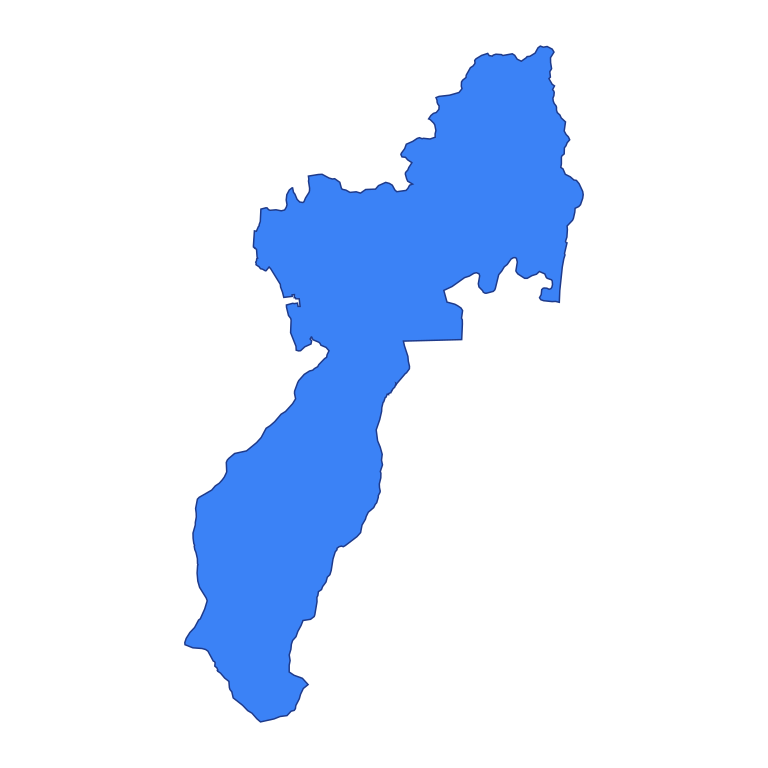 Hoghilag, Sibiu, Romania (orthographic projection)
{"feature_id": "2599482B10102156150057", "entity_name": "Hoghilag", "entity_type": "district", "adm_level": 2, "iso_a3": "ROU", "parent_name": "Romania", "parent_adm1": "Sibiu", "projection": "orthographic", "projection_center": [24.623, 46.211], "detail": "fine", "context": "isolated", "style": "filled", "palette": "blue", "viewbox_px": 768, "rotation_deg": 0, "n_neighbors": 0, "source": "geoboundaries", "source_scale": "gbopen_adm2", "svg_char_len": 6081}
<svg xmlns="http://www.w3.org/2000/svg" viewBox="0 0 768 768"><path d="M207.2,600.8L204.7,609.0L200.3,618.8L198.6,620.0L194.6,627.5L189.9,632.5L186.2,638.4L184.8,642.6L185.0,644.7L192.8,647.8L202.0,648.5L205.6,649.5L207.9,651.1L213.3,661.1L214.5,661.6L215.1,662.7L214.8,666.1L216.9,667.9L217.8,670.0L217.3,670.4L217.7,671.2L220.5,673.1L224.7,678.1L228.9,681.4L229.4,687.7L230.0,689.6L231.8,691.8L233.2,697.9L242.5,705.2L247.7,710.6L252.0,713.2L257.0,718.9L260.5,721.9L274.1,718.9L280.1,716.5L287.0,715.6L291.1,711.2L294.2,710.4L295.4,708.7L295.8,705.6L299.3,698.8L300.5,694.4L303.3,688.5L308.1,684.6L302.4,678.3L294.1,675.3L289.2,672.0L289.2,665.1L290.1,660.6L289.2,654.9L290.9,649.3L291.4,644.2L292.6,640.5L296.0,636.7L297.8,631.5L301.1,625.4L303.0,620.5L310.6,619.3L314.2,616.5L314.8,614.8L317.0,601.8L316.9,597.4L317.9,595.4L318.4,591.7L321.5,589.6L322.6,586.6L326.0,582.0L327.3,577.2L329.9,574.7L331.2,570.5L333.0,559.0L335.2,551.9L337.0,549.7L337.0,548.3L339.1,546.7L341.4,546.1L343.3,546.7L345.4,545.5L356.9,536.7L360.6,532.6L362.0,525.1L365.4,519.3L366.2,516.5L368.3,512.2L373.7,507.6L375.3,504.3L376.7,502.7L378.3,497.3L378.3,495.6L380.0,492.3L380.2,491.0L379.5,487.7L379.3,484.0L380.8,477.9L380.9,473.2L380.3,471.5L382.5,464.9L381.5,460.2L382.2,454.3L380.2,447.1L377.6,440.8L376.2,429.9L379.7,419.7L381.6,411.4L381.8,407.6L383.1,402.3L383.7,401.9L385.2,397.5L386.0,397.2L387.2,394.2L388.6,394.6L388.6,393.6L390.2,392.9L391.5,391.6L391.7,389.9L391.7,391.1L393.0,388.8L394.7,387.2L395.7,384.5L395.9,385.1L396.3,384.6L395.9,383.3L396.6,383.8L405.3,373.6L406.5,372.8L409.4,368.8L409.5,366.3L408.3,361.2L407.9,356.4L404.4,345.7L403.4,341.1L461.7,339.6L462.4,324.0L462.3,319.8L461.5,318.2L462.6,310.6L461.0,308.0L457.6,305.7L454.8,304.2L447.0,302.1L443.8,290.4L452.1,286.5L464.6,277.6L469.3,276.1L473.9,273.3L476.4,272.7L479.0,273.8L479.7,275.8L478.3,283.8L479.0,287.0L482.6,290.7L483.3,292.2L485.1,293.2L486.5,293.2L493.2,291.4L494.7,290.0L495.3,288.6L498.7,274.7L501.7,271.1L504.3,266.8L507.2,264.5L511.1,259.0L513.4,257.7L515.2,257.6L516.4,258.3L517.3,262.1L515.9,270.7L516.1,271.5L517.8,273.9L524.6,278.3L527.3,278.3L532.0,275.6L536.5,274.2L539.4,271.5L544.8,273.9L546.2,277.3L547.2,278.3L551.5,279.8L552.2,280.9L552.5,284.6L551.9,287.1L551.0,288.6L549.1,289.3L546.9,288.2L544.3,288.0L543.2,288.2L541.7,289.6L541.2,294.6L539.5,297.7L540.8,299.7L543.6,300.7L552.1,301.6L555.5,301.4L559.3,302.3L559.8,290.5L562.3,267.0L563.8,258.8L565.0,255.0L564.5,253.5L567.0,242.9L566.1,242.7L565.5,241.3L566.9,237.1L567.4,229.6L567.1,226.0L572.5,220.3L573.4,218.4L574.8,212.2L575.1,208.3L578.7,206.6L580.5,204.7L582.7,198.3L583.2,194.7L582.7,191.4L579.1,183.7L576.4,180.4L573.9,180.0L570.3,176.8L565.3,174.3L563.0,168.9L560.8,167.4L561.4,164.0L561.4,157.1L561.9,155.9L564.2,153.9L564.4,147.8L565.9,145.9L567.2,142.7L569.7,139.8L568.4,136.9L566.1,134.5L564.2,131.0L565.5,121.9L561.2,117.9L559.9,115.0L557.3,112.6L556.5,110.2L556.5,107.1L556.0,105.8L554.2,103.5L553.2,100.9L552.9,98.1L553.9,95.7L554.2,92.4L553.8,91.1L552.6,89.6L554.5,85.9L552.2,84.3L548.9,78.6L550.4,77.1L549.8,71.7L551.6,68.7L550.6,62.6L550.5,57.7L554.0,52.1L552.2,49.1L547.1,46.5L543.4,47.2L540.3,46.1L538.0,47.8L535.1,53.1L529.9,56.3L527.1,56.6L526.0,57.9L521.3,61.2L517.2,59.2L514.7,55.3L512.3,53.8L502.8,55.5L501.5,54.6L495.9,54.2L493.2,55.1L492.4,56.1L489.2,55.6L487.7,53.4L481.6,55.4L476.0,58.8L474.7,60.4L475.0,63.0L474.7,63.8L473.0,66.0L470.4,67.7L466.2,75.2L466.0,77.5L462.6,80.2L461.5,82.0L461.3,86.2L462.0,88.7L459.0,92.5L449.5,95.2L439.0,96.4L436.0,97.6L437.0,100.2L437.1,102.2L437.7,103.9L439.1,105.9L438.9,109.3L436.3,112.5L433.4,113.4L430.9,115.5L428.6,118.9L430.2,119.6L433.7,123.1L434.8,124.9L435.9,130.6L435.1,133.9L435.2,137.2L430.0,139.0L423.5,138.3L422.1,138.7L419.5,137.7L417.2,138.4L412.7,141.4L406.3,144.2L404.7,148.6L401.3,153.3L400.9,154.5L402.0,156.9L405.5,157.3L407.6,159.8L411.9,162.7L408.8,167.5L407.8,170.0L405.6,172.4L405.3,174.0L406.6,178.7L407.7,181.2L412.6,184.1L409.6,185.2L407.9,188.4L406.1,190.4L396.8,191.7L394.9,190.0L392.3,185.2L389.4,183.4L385.7,182.4L378.5,185.6L375.5,189.1L365.7,189.5L360.5,193.1L356.2,191.8L350.0,192.4L345.9,190.1L342.2,189.3L341.3,187.9L339.8,182.3L334.7,178.7L332.4,179.0L329.0,178.0L322.1,174.3L318.3,174.5L308.4,176.1L308.8,179.1L308.5,181.1L309.6,188.2L309.5,190.8L309.1,192.3L305.5,198.0L304.0,201.7L302.9,202.5L299.7,202.0L297.1,199.4L294.9,194.1L293.5,192.3L292.6,187.9L292.0,187.9L289.3,190.0L286.8,194.7L286.2,200.0L287.0,204.7L286.3,207.2L284.6,210.0L281.3,210.8L276.0,209.8L270.0,210.3L268.5,209.6L267.1,207.9L265.9,207.8L260.9,209.1L260.3,221.5L259.2,224.5L259.2,225.8L258.5,226.4L256.4,231.2L254.4,230.9L253.4,246.2L253.5,247.1L254.8,247.6L254.6,248.2L256.5,249.3L257.1,257.2L257.7,258.1L256.7,258.8L256.5,260.8L255.7,262.2L256.2,263.4L256.0,264.7L259.2,266.9L260.5,268.7L262.6,269.2L265.3,270.8L266.1,270.7L269.1,267.0L270.8,268.9L280.3,284.3L280.6,287.1L282.5,292.2L283.8,297.4L292.2,296.4L292.1,294.8L294.4,294.6L294.2,297.7L295.4,297.7L295.8,298.8L299.2,298.8L300.1,306.4L298.0,306.4L297.5,303.1L294.4,303.6L292.7,303.3L286.4,305.0L286.5,307.2L288.5,315.5L290.7,318.4L291.1,320.2L290.6,332.7L296.0,346.3L296.2,350.2L298.6,350.9L300.6,350.7L304.8,346.8L311.0,344.0L311.6,340.9L310.1,339.0L311.3,337.0L311.9,337.3L312.1,338.4L313.3,339.9L318.8,342.2L320.0,343.3L320.9,345.2L326.1,347.4L329.0,350.8L327.1,354.7L326.6,357.3L324.6,358.6L318.8,364.6L317.7,366.7L314.4,368.6L312.7,370.2L309.5,371.0L304.2,374.4L298.8,380.5L297.7,382.6L294.6,391.1L294.5,393.4L295.6,398.8L292.6,403.7L285.5,411.5L281.1,414.2L274.7,421.7L270.1,425.7L266.1,428.3L261.2,437.5L256.6,442.6L246.5,450.9L234.6,453.5L228.8,458.4L227.3,460.1L226.3,462.4L226.7,471.8L226.3,472.9L224.3,477.1L222.0,480.2L219.3,483.2L215.3,485.9L211.7,490.1L199.2,497.3L197.4,499.2L195.6,508.6L196.2,513.2L196.3,517.0L195.3,522.5L195.3,525.0L193.0,533.1L193.1,538.3L193.8,543.5L194.6,545.3L194.2,546.2L194.8,549.6L196.0,552.5L197.4,558.7L197.5,563.6L198.0,564.8L197.6,565.3L197.1,573.1L197.8,581.1L199.6,587.4L206.2,598.0L207.2,600.8Z" fill="#3b82f6" stroke="#1e3a8a" stroke-width="1.5"/></svg>